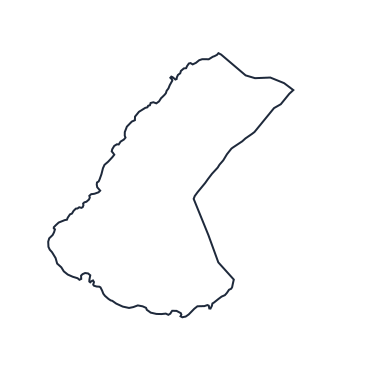 the district of Gilman, Federated States of Micronesia, rotated 40°
{"feature_id": "79324940B77190916627334", "entity_name": "Gilman", "entity_type": "district", "adm_level": 2, "iso_a3": "FSM", "parent_name": "Federated States of Micronesia", "parent_adm1": "", "projection": "natural_earth1", "projection_center": [138.059, 9.451], "detail": "fine", "context": "isolated", "style": "outline", "palette": "slate", "viewbox_px": 384, "rotation_deg": 40, "n_neighbors": 0, "source": "geoboundaries", "source_scale": "gbopen_adm2", "svg_char_len": 2672}
<svg xmlns="http://www.w3.org/2000/svg" viewBox="0 0 384 384"><g transform="rotate(40 192 192)"><path d="M204.1,48.8L192.6,49.4L178.4,54.0L167.1,64.3L158.1,68.2L125.9,68.0L123.0,68.7L123.0,70.8L121.9,73.5L121.0,75.0L119.5,79.6L116.8,81.7L114.4,83.8L112.8,86.4L112.0,90.5L110.5,93.8L108.0,94.2L107.0,95.6L107.3,98.8L107.9,100.9L106.3,102.6L105.7,106.4L106.7,108.7L106.5,109.2L106.0,111.4L106.8,114.2L107.6,115.3L107.0,116.5L103.3,116.5L102.0,116.9L102.0,118.4L104.1,118.6L105.3,119.3L106.3,124.5L107.4,127.9L107.5,130.7L108.5,133.2L108.5,135.3L108.2,138.5L108.0,140.0L108.5,143.8L107.7,147.0L104.7,148.1L103.1,150.4L104.0,152.6L103.0,154.1L103.4,155.8L102.1,157.6L99.8,164.7L99.9,170.9L102.1,173.7L100.6,176.8L100.1,183.8L102.0,189.3L104.3,192.1L106.1,193.1L106.1,195.6L104.9,199.3L105.3,202.7L103.8,203.7L102.8,206.7L103.4,210.5L104.4,212.5L106.3,212.8L108.5,213.4L108.6,216.6L108.3,222.7L107.5,227.4L108.5,231.0L111.2,236.6L113.1,241.7L113.7,243.9L113.1,245.8L114.3,247.6L116.4,249.3L119.1,249.7L120.8,250.0L120.6,252.3L118.5,255.9L117.4,257.2L116.2,258.4L115.8,260.9L117.3,262.0L117.9,264.0L117.4,267.3L116.2,269.1L116.0,270.8L117.4,272.0L118.0,273.9L117.5,275.2L115.4,276.2L114.9,278.2L113.7,279.4L113.4,282.6L113.9,285.7L112.9,287.6L113.3,291.5L114.0,293.6L112.6,295.3L109.5,301.1L109.0,305.0L108.8,307.8L109.5,308.7L111.0,308.7L112.2,311.5L112.9,314.5L112.4,319.3L113.8,322.5L117.3,326.3L120.1,327.6L123.5,328.1L130.0,330.3L134.7,333.5L140.3,333.7L144.8,335.2L149.9,335.1L155.1,333.6L159.8,331.6L162.2,331.6L163.0,329.8L160.8,327.4L160.8,326.9L161.0,325.2L162.2,322.8L164.7,321.2L167.6,321.2L169.7,325.0L170.9,326.6L172.1,326.6L172.3,325.0L173.0,323.4L174.8,324.0L175.9,326.5L177.2,326.8L179.7,325.7L181.9,324.1L183.2,323.9L186.5,325.3L189.4,326.9L192.0,327.5L196.7,327.6L199.4,327.3L200.9,326.6L205.7,326.2L212.6,324.3L218.3,321.3L221.0,317.9L223.4,313.7L227.7,311.3L231.2,310.3L231.7,310.5L233.1,311.3L237.1,311.0L237.8,311.0L243.1,308.3L247.1,305.1L250.1,302.0L252.8,301.3L253.6,299.1L253.3,297.6L253.2,295.7L256.6,293.0L261.3,292.0L262.7,292.8L263.1,294.6L265.1,294.2L266.7,292.1L267.2,291.6L268.2,287.9L268.8,280.0L269.6,276.1L271.7,274.2L274.8,271.5L276.5,268.7L277.9,268.3L280.1,270.1L281.1,269.4L280.4,266.4L279.3,264.3L279.9,262.5L281.0,257.0L281.9,253.1L283.5,249.9L283.6,246.9L283.2,243.1L284.2,240.9L283.9,239.1L282.4,236.3L280.3,232.2L257.4,229.0L232.3,214.5L197.7,196.2L196.7,193.3L196.4,188.5L196.3,176.6L195.9,171.7L195.6,165.1L196.0,156.8L195.5,153.4L195.6,147.7L194.5,140.6L194.3,133.4L194.8,131.4L197.9,120.9L198.5,116.6L200.6,109.0L201.3,105.9L200.9,75.0L203.6,67.7L203.4,54.2L204.1,48.8Z" fill="none" stroke="#1e293b" stroke-width="2"/></g></svg>